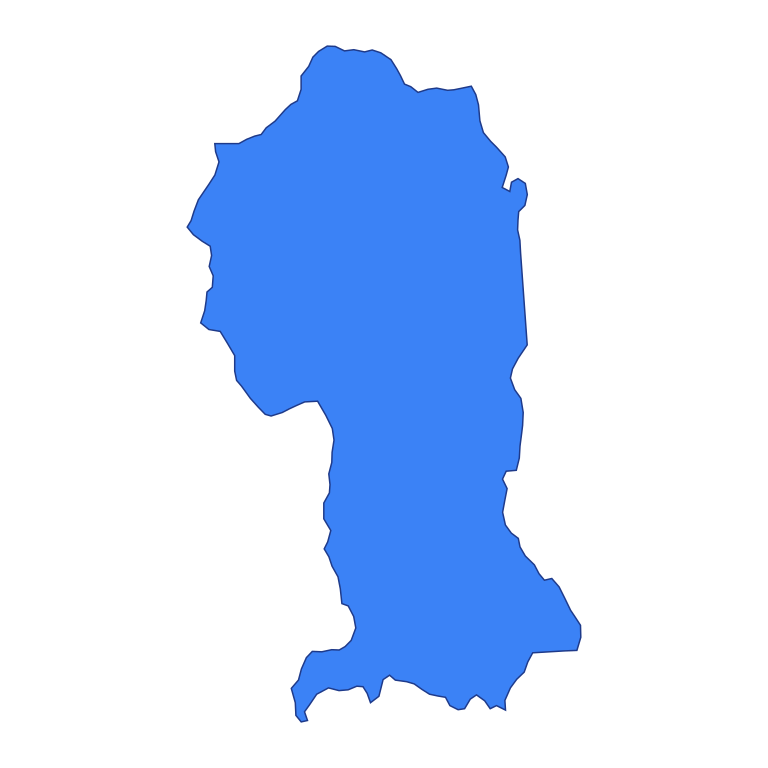 outline of Santa Cruz das Palmeiras, São Paulo, Brazil
{"feature_id": "56859067B4316799749613", "entity_name": "Santa Cruz das Palmeiras", "entity_type": "district", "adm_level": 2, "iso_a3": "BRA", "parent_name": "Brazil", "parent_adm1": "São Paulo", "projection": "equal_earth", "projection_center": [-47.253, -21.862], "detail": "fine", "context": "isolated", "style": "filled", "palette": "blue", "viewbox_px": 768, "rotation_deg": 0, "n_neighbors": 0, "source": "geoboundaries", "source_scale": "gbopen_adm2", "svg_char_len": 2471}
<svg xmlns="http://www.w3.org/2000/svg" viewBox="0 0 768 768"><path d="M504.9,700.4L510.4,687.9L516.7,679.3L524.2,672.1L527.8,661.9L532.7,652.8L564.4,650.9L576.9,650.4L580.8,637.3L580.5,625.3L575.1,617.0L570.6,610.3L564.6,597.9L559.1,586.9L551.8,578.5L544.4,580.2L539.0,573.7L534.4,564.9L525.3,556.0L520.0,546.9L518.3,538.4L511.3,533.1L505.4,525.0L502.6,512.3L504.9,499.9L507.1,488.6L502.5,479.1L506.2,471.2L516.3,470.3L519.3,458.1L520.0,446.1L521.6,433.7L522.6,425.4L523.2,412.5L520.9,398.4L514.7,389.7L510.4,378.1L512.5,368.9L518.2,358.2L527.2,344.9L520.6,253.2L519.9,240.3L517.6,229.9L518.0,220.0L518.7,211.6L524.9,205.4L527.3,194.6L525.3,183.4L518.0,178.6L511.5,182.2L509.8,191.5L502.2,187.5L506.2,175.1L508.4,167.0L505.2,156.9L496.6,147.3L490.7,141.4L483.4,132.6L479.9,120.8L478.5,104.9L475.8,94.6L471.3,86.2L460.8,88.4L453.8,89.8L447.6,90.3L436.7,88.1L427.9,89.3L418.0,92.4L410.8,86.7L404.5,84.1L400.5,75.7L396.6,68.6L391.0,59.7L380.8,52.8L372.2,50.0L364.6,51.9L353.8,49.7L344.5,50.9L335.2,46.4L327.2,46.1L318.6,51.4L312.9,57.1L308.7,66.4L301.1,76.0L301.1,89.4L297.4,100.8L290.9,104.4L285.3,109.6L275.1,121.1L266.2,127.8L261.2,134.5L254.7,136.1L246.7,139.3L238.9,143.6L223.8,143.6L214.8,143.6L215.6,151.7L219.0,161.9L214.9,175.0L208.9,184.3L198.4,199.7L194.0,211.3L191.1,220.6L187.2,227.1L193.4,234.7L202.4,241.4L210.2,246.2L211.6,255.5L209.2,266.5L213.2,275.8L212.3,287.3L207.0,292.0L206.2,300.6L204.7,310.7L200.7,322.9L208.9,329.5L220.2,331.4L227.4,343.2L234.7,355.6L234.7,371.1L236.6,380.4L241.5,386.1L245.7,391.9L250.4,398.4L258.3,407.2L265.2,414.3L271.1,416.0L282.3,412.5L289.2,408.9L296.5,405.5L304.7,401.9L317.6,401.2L325.8,415.3L332.3,428.5L334.0,440.1L332.1,452.3L331.8,462.4L328.8,473.9L330.0,484.6L329.4,492.9L323.8,503.0L323.8,518.8L330.8,530.5L327.7,541.9L324.2,548.9L328.9,556.8L332.1,566.3L338.0,576.8L340.3,588.7L341.9,603.6L348.2,605.9L353.7,616.5L355.8,628.0L351.2,640.4L345.1,646.6L339.2,650.0L331.7,649.7L321.8,651.8L312.3,651.4L306.4,657.6L301.4,669.0L298.5,680.0L291.3,688.4L295.3,702.7L295.9,715.4L301.2,721.9L307.5,720.5L304.5,711.8L309.6,704.7L316.7,694.2L328.5,687.9L339.0,690.6L348.2,689.8L356.8,686.2L363.0,686.7L367.2,693.4L370.5,702.7L378.9,696.3L383.1,679.6L389.6,675.2L395.3,680.1L406.7,681.7L414.2,683.9L421.8,689.3L429.5,694.2L437.9,696.0L445.5,697.3L449.9,705.6L458.1,709.7L464.6,708.7L470.3,699.1L476.5,694.9L484.7,700.8L490.2,708.7L496.5,705.6L505.5,710.1L504.9,700.4Z" fill="#3b82f6" stroke="#1e3a8a" stroke-width="1.5"/></svg>